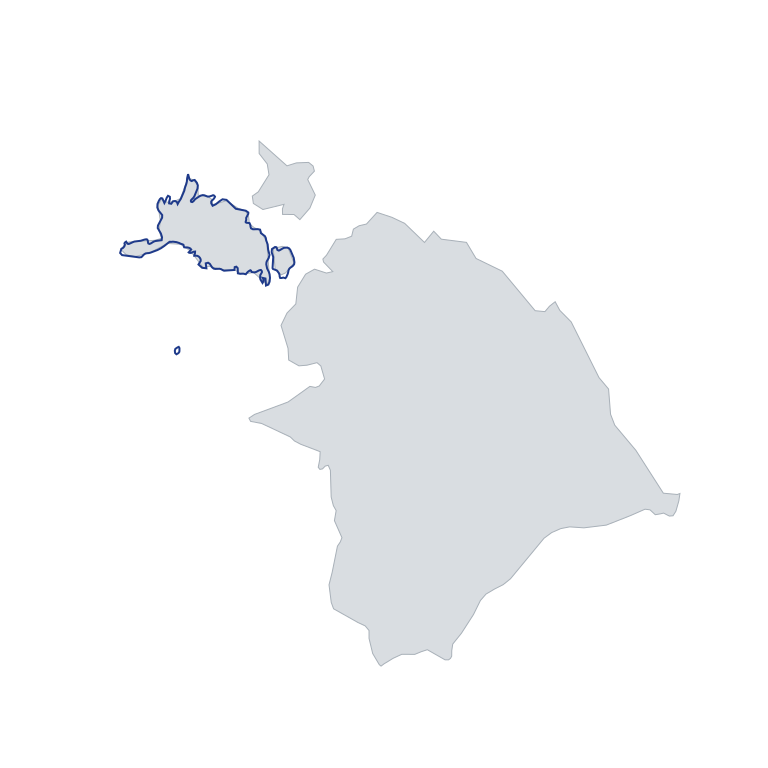 where Saare sits in Estonia, rotated 50°
{"feature_id": "EST-2352", "entity_name": "Saare", "entity_type": "Municipality", "adm_level": 1, "iso_a3": "EST", "parent_name": "Estonia", "parent_adm1": "", "projection": "mercator", "projection_center": [22.596, 58.233], "detail": "fine", "context": "in_parent", "style": "outline", "palette": "blue", "viewbox_px": 768, "rotation_deg": 50, "n_neighbors": 0, "source": "natural_earth", "source_scale": "10m", "svg_char_len": 5961}
<svg xmlns="http://www.w3.org/2000/svg" viewBox="0 0 768 768"><g transform="rotate(50 384 384)"><path d="M598.2,567.6L595.9,568.0L583.2,565.9L569.3,559.0L563.2,553.9L557.2,553.9L549.9,557.3L523.8,567.1L517.4,564.8L502.5,555.2L495.0,544.8L478.3,523.9L476.9,519.0L474.7,515.0L456.8,509.8L450.2,502.0L444.7,501.0L436.6,497.1L415.6,480.5L410.4,479.0L409.1,481.8L409.5,485.7L408.2,488.0L405.5,487.9L400.6,481.8L394.8,476.4L376.7,486.5L370.1,489.2L364.4,489.8L335.6,503.1L326.9,510.2L323.3,509.4L324.1,502.7L336.1,469.1L338.2,442.3L342.6,438.7L343.9,434.9L342.0,426.3L329.6,420.8L324.6,421.6L320.1,430.9L315.4,437.5L304.4,441.6L295.0,434.6L272.9,425.2L267.3,412.7L266.0,400.1L254.3,387.9L249.5,373.5L251.4,363.4L262.0,356.8L265.0,351.0L251.7,351.9L249.0,350.5L248.4,345.3L242.5,327.6L247.7,320.6L250.0,313.8L245.7,307.9L246.8,301.3L250.2,294.6L248.1,279.0L261.4,270.8L274.3,264.9L301.6,262.0L298.9,247.7L309.9,247.0L328.5,229.8L347.0,232.8L373.6,220.9L425.0,221.1L432.0,214.2L430.8,207.3L431.0,200.0L440.6,202.0L456.8,200.7L517.3,215.2L532.2,215.2L552.8,229.9L563.9,233.7L596.7,233.7L647.2,240.2L657.2,230.3L658.1,227.7L663.0,233.2L669.1,242.2L670.7,247.3L668.6,250.3L662.6,252.8L661.2,255.6L658.5,260.2L651.4,261.1L647.7,264.5L643.3,279.6L635.0,304.4L622.7,323.3L612.8,333.6L608.4,341.5L605.6,351.0L605.0,360.5L614.5,412.3L614.3,421.6L612.1,431.2L610.5,440.9L611.8,449.3L618.1,463.6L624.7,484.9L627.4,498.5L631.8,503.5L636.0,507.1L636.9,509.4L636.8,511.8L634.6,514.5L615.4,521.6L613.0,527.6L610.9,534.2L602.5,544.1L600.0,553.3L598.4,563.8L598.2,567.6ZM168.5,380.0L175.0,384.2L180.9,382.9L186.9,379.9L200.0,382.7L229.8,403.9L232.6,409.6L214.8,412.2L210.8,418.7L206.5,423.2L201.4,424.7L192.8,433.8L181.2,442.5L178.8,447.7L157.7,446.7L146.2,450.0L137.0,459.7L133.1,478.4L126.3,493.0L119.4,498.3L112.2,499.1L110.5,493.6L111.2,488.1L126.4,467.5L129.5,460.8L122.0,457.8L115.6,450.7L101.8,442.2L99.3,435.4L102.6,434.9L105.7,433.0L109.3,427.3L111.1,420.7L100.0,401.6L105.7,398.6L112.7,399.3L119.9,404.9L127.8,398.3L131.2,397.4L136.7,399.7L142.3,387.0L155.6,382.8L162.1,378.9L168.5,380.0ZM196.3,344.0L188.9,352.7L184.5,349.2L182.1,345.1L172.5,364.6L161.7,368.0L155.4,364.1L156.0,356.8L149.8,337.6L140.4,332.0L127.2,331.5L117.6,323.5L154.5,318.1L158.3,309.0L165.8,299.3L171.4,298.2L176.2,300.5L177.1,308.0L178.3,311.0L195.1,315.2L201.6,327.7L204.0,342.8L196.3,344.0ZM234.4,392.3L226.9,394.1L209.0,381.8L213.2,373.4L218.3,370.1L233.5,375.2L235.6,387.9L234.4,392.3Z" fill="#d9dde1" stroke="#a8b0b8" stroke-width="1"/><path d="M224.2,400.2L226.4,401.1L229.4,403.1L232.1,405.9L233.5,408.7L232.7,411.1L227.0,407.0L224.8,408.7L226.0,409.0L227.0,409.5L227.9,410.5L228.5,412.1L224.6,411.5L222.8,410.5L221.0,408.7L220.7,407.8L220.3,406.6L219.8,405.5L218.9,405.0L217.5,405.0L217.3,405.3L216.8,406.3L216.6,406.9L216.1,409.4L215.8,410.4L215.1,411.6L214.5,412.2L213.1,413.4L212.5,413.3L211.7,413.0L210.9,413.3L210.6,415.2L210.6,416.3L210.7,417.4L210.9,418.4L211.1,419.3L209.0,420.9L207.1,423.4L205.3,424.8L201.2,421.6L199.2,421.7L198.5,423.2L200.5,425.3L194.4,433.7L193.0,434.4L191.5,434.9L190.0,435.9L187.4,439.3L186.1,440.3L184.1,440.7L179.9,440.2L178.0,440.8L177.0,443.0L181.2,445.7L178.1,448.6L173.2,449.3L171.9,445.3L170.6,444.3L168.9,443.9L167.2,444.0L165.7,444.7L164.3,446.2L163.8,446.9L163.4,446.5L162.3,444.7L161.1,443.6L160.3,444.8L159.5,447.7L158.8,448.3L158.5,448.7L158.3,448.9L157.6,449.0L157.6,448.4L157.1,445.8L157.1,445.3L155.8,445.2L154.2,445.9L152.7,447.1L151.7,448.4L150.8,449.2L149.7,448.8L148.7,448.2L147.7,448.4L147.0,448.9L145.3,449.9L144.6,450.1L141.9,451.8L139.3,454.2L138.1,456.0L137.4,456.5L137.2,457.4L137.0,463.8L136.6,467.6L135.8,471.3L133.3,478.4L132.6,479.9L131.6,481.3L130.7,482.8L130.5,484.5L130.9,488.3L129.7,490.1L116.9,501.8L114.0,501.9L111.6,498.3L112.0,496.3L111.7,494.5L110.8,493.0L109.5,492.5L109.3,492.2L109.1,491.5L109.1,490.7L109.2,490.0L111.6,490.3L112.3,490.0L112.9,488.9L113.9,485.2L114.4,483.7L117.9,478.3L119.4,474.7L120.3,473.1L121.2,472.5L122.6,472.9L123.7,473.7L124.8,474.2L125.9,473.7L126.4,472.5L126.9,468.9L127.5,467.3L130.9,461.9L128.9,459.7L125.4,458.2L119.1,457.1L117.3,455.3L114.0,447.1L112.0,445.3L106.1,445.2L103.1,444.2L100.5,441.8L99.0,438.8L98.3,436.8L98.3,435.3L99.4,434.5L104.2,435.9L103.1,433.3L101.6,430.6L101.0,428.5L102.9,427.7L104.6,428.9L106.0,431.1L107.5,432.5L109.2,431.1L108.4,428.1L109.6,426.3L111.6,425.7L113.5,426.4L112.7,424.4L111.6,420.7L107.6,412.8L105.7,410.3L103.5,406.6L102.3,405.0L99.8,402.5L97.3,399.2L102.1,401.4L103.6,401.4L104.9,400.9L105.1,400.3L105.2,399.4L106.0,397.9L109.5,398.0L112.1,398.9L114.4,401.2L118.3,408.6L118.8,410.4L119.0,412.7L119.2,413.8L119.6,414.3L120.1,414.5L120.6,414.6L121.4,413.9L121.5,412.4L121.0,409.8L121.5,405.3L121.9,403.3L122.8,401.4L124.0,400.3L126.9,398.7L128.1,397.3L129.1,394.9L129.5,393.6L130.2,393.1L131.8,393.0L132.1,393.4L132.4,394.3L132.7,395.3L132.8,396.1L132.9,398.2L133.3,399.2L134.6,400.2L137.3,400.7L138.2,397.3L138.3,392.5L138.7,389.0L141.7,386.3L154.5,384.9L162.4,378.5L165.4,377.7L166.4,378.6L168.1,382.7L169.1,383.6L169.7,384.0L170.7,385.6L171.3,386.0L172.2,385.6L173.8,384.0L174.4,383.6L176.3,384.2L177.8,385.2L179.3,385.8L181.3,384.9L184.3,381.1L186.1,379.7L189.3,381.3L194.2,380.2L196.2,380.7L198.2,381.9L202.3,383.4L206.6,386.4L211.5,388.7L213.4,391.4L214.7,395.0L215.4,396.0L216.7,397.3L220.4,399.3L224.2,400.2ZM237.9,387.2L239.3,390.0L239.6,391.5L237.7,392.8L237.0,394.3L236.1,395.4L234.7,394.9L233.3,393.9L231.7,393.3L228.5,393.0L227.3,393.5L224.6,395.1L223.6,394.9L215.5,387.2L210.8,385.3L208.6,383.1L209.0,379.4L210.1,378.5L212.9,379.5L214.2,378.8L214.5,377.8L215.1,374.2L215.5,372.9L217.3,370.4L219.2,369.5L221.2,369.6L229.4,372.1L233.2,374.4L234.5,375.9L234.9,377.6L234.9,379.3L234.7,381.0L234.8,382.4L235.5,384.0L237.2,386.1L237.9,387.2ZM226.9,519.2L227.8,520.1L228.2,521.7L227.8,523.9L226.0,524.1L224.1,522.9L223.0,521.3L223.1,519.8L223.3,518.4L223.6,517.4L225.0,517.6L226.9,519.2Z" fill="none" stroke="#1e3a8a" stroke-width="2"/></g></svg>